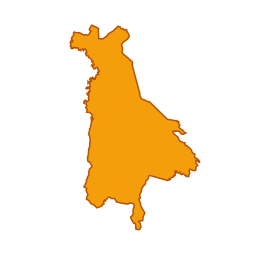 outline of Bere, Worodougou, Ivory Coast, rotated 15°
{"feature_id": "98640826B43857880322183", "entity_name": "Bere", "entity_type": "district", "adm_level": 2, "iso_a3": "CIV", "parent_name": "Ivory Coast", "parent_adm1": "Worodougou", "projection": "albers", "projection_center": [-6.135, 8.377], "detail": "fine", "context": "isolated", "style": "filled", "palette": "amber", "viewbox_px": 256, "rotation_deg": 15, "n_neighbors": 0, "source": "geoboundaries", "source_scale": "gbopen_adm2", "svg_char_len": 5689}
<svg xmlns="http://www.w3.org/2000/svg" viewBox="0 0 256 256"><g transform="rotate(15 128 128)"><path d="M51.2,49.2L51.1,49.9L50.7,50.4L51.0,51.0L51.4,51.1L51.4,52.4L50.4,54.8L50.5,55.7L50.2,56.3L50.5,56.9L51.2,57.4L50.9,57.4L50.6,58.2L51.5,58.4L51.9,59.1L51.4,59.0L50.8,59.7L50.2,59.7L50.0,60.6L51.0,61.4L51.4,62.8L51.1,63.9L51.8,64.1L52.5,65.8L53.6,65.9L53.9,64.8L54.6,65.1L55.0,64.8L54.8,64.3L55.7,63.8L57.0,64.3L57.3,64.3L57.9,63.6L59.4,63.9L59.9,64.6L59.8,65.3L60.4,65.6L61.2,65.1L62.1,65.4L61.8,64.9L62.2,64.4L64.4,63.3L64.7,63.8L64.5,64.6L65.0,64.9L65.2,63.7L66.3,62.9L66.6,63.4L67.5,63.7L67.8,64.4L68.4,64.8L68.2,65.5L68.4,66.2L67.6,66.4L67.6,66.9L68.0,67.5L68.5,67.7L68.9,68.5L69.3,68.5L69.6,69.0L70.9,68.6L71.5,69.2L71.7,70.1L73.7,70.4L75.7,72.3L75.8,73.2L76.7,72.6L77.3,74.3L78.0,74.9L78.7,75.2L78.2,76.9L77.0,76.3L76.6,76.6L76.5,77.2L77.7,77.1L78.0,77.9L78.6,78.3L78.6,78.7L79.3,79.0L80.0,79.8L81.0,79.1L81.5,77.7L82.1,77.5L82.6,77.6L83.6,78.5L83.5,79.3L85.2,80.1L85.6,80.8L85.4,81.2L84.4,81.7L84.2,82.5L84.3,82.8L85.5,83.3L85.7,83.7L83.8,84.8L83.5,85.7L83.7,86.9L83.6,88.0L82.3,88.5L83.4,88.7L83.8,89.4L83.4,89.7L82.7,89.4L81.7,89.5L81.2,88.5L80.8,88.3L80.8,89.2L80.5,90.2L79.9,89.7L80.0,89.1L79.2,89.0L78.9,90.0L78.5,90.3L78.4,91.2L78.6,91.4L80.4,92.0L80.6,92.4L80.4,92.7L79.7,92.8L78.7,93.4L77.2,93.3L77.6,94.0L77.8,94.9L78.3,93.9L79.2,94.2L79.5,94.7L79.5,95.7L80.4,96.6L80.8,97.9L78.8,98.8L78.2,98.8L78.1,99.4L77.4,99.7L77.2,100.8L78.7,100.6L80.0,99.0L80.7,99.0L80.6,100.6L81.8,102.3L80.4,103.2L80.5,103.6L81.3,104.0L81.2,104.3L80.2,105.0L79.4,105.1L79.7,105.8L80.3,106.4L80.6,105.7L81.3,105.8L81.9,107.4L82.0,109.3L82.9,110.8L82.5,112.3L81.8,112.5L81.2,113.6L80.9,113.5L80.4,112.5L79.9,112.1L79.2,112.4L79.2,113.1L78.6,113.7L78.5,114.1L78.9,115.2L79.2,115.5L81.6,115.8L82.3,116.6L81.9,119.4L83.7,120.4L83.6,121.3L84.0,122.0L84.0,123.5L85.3,123.0L86.8,123.1L89.3,123.9L90.7,126.6L89.6,127.3L89.5,127.8L90.5,128.2L92.0,128.2L91.2,129.0L90.5,129.3L90.4,129.7L90.7,130.0L91.6,130.2L91.0,132.0L91.4,133.7L91.3,135.7L91.7,137.6L91.1,138.9L91.6,141.0L91.4,142.3L91.9,144.7L92.9,145.6L94.7,149.6L95.0,151.5L94.8,151.7L95.8,156.1L95.5,158.2L96.6,164.4L96.5,166.4L96.9,168.3L97.4,169.6L98.3,170.9L98.9,171.0L99.9,170.7L102.3,173.6L103.2,174.1L102.9,175.4L101.5,177.4L101.4,180.8L102.6,183.5L101.6,185.2L101.8,187.5L101.3,188.6L101.3,189.6L101.9,191.3L101.2,192.7L101.4,194.7L100.7,195.3L100.6,195.9L101.2,196.6L103.0,196.6L103.9,197.3L103.6,198.4L103.7,199.3L106.5,202.5L106.1,206.6L106.4,207.6L107.9,207.8L108.8,208.5L109.6,208.6L111.6,210.6L115.0,211.2L117.1,212.2L118.2,213.1L118.7,213.1L122.2,210.8L123.1,209.4L123.1,208.8L124.1,208.0L124.0,207.5L124.4,207.3L124.4,207.1L123.4,205.7L123.8,203.9L123.9,203.7L124.4,203.6L124.8,204.5L125.1,204.5L124.9,203.7L125.5,202.9L126.7,200.1L128.3,199.6L129.9,200.3L131.0,200.4L132.9,199.5L133.4,199.7L136.1,202.4L137.4,202.2L139.5,202.3L143.0,202.1L143.9,201.8L144.8,202.0L146.1,201.6L146.9,201.7L147.7,201.4L148.0,200.9L149.0,200.3L149.4,199.7L152.7,199.8L154.1,201.0L154.1,205.9L154.5,207.6L155.4,209.4L154.5,212.0L153.7,212.8L153.7,213.5L154.4,214.7L157.3,217.8L158.4,218.5L159.5,218.3L160.3,219.1L160.7,220.1L160.9,221.1L161.5,221.7L161.3,222.7L161.9,223.7L165.3,223.3L166.2,220.3L164.5,217.0L162.3,215.3L166.2,213.6L165.6,210.2L166.2,205.5L165.5,205.0L160.5,199.9L159.4,197.4L156.8,193.8L157.2,193.2L157.9,192.7L157.7,191.7L156.9,190.4L156.6,189.0L157.3,185.9L156.9,183.2L157.6,181.1L157.5,180.5L158.2,179.6L158.2,179.1L159.0,178.6L158.9,177.7L159.3,176.8L159.3,176.0L158.8,174.6L159.2,173.9L160.4,172.8L160.7,168.9L161.2,168.2L179.7,168.5L180.1,167.8L181.4,167.6L181.3,167.1L180.7,166.6L180.8,166.3L182.2,166.6L182.7,164.4L184.4,163.8L184.7,163.1L184.4,162.0L184.6,161.8L185.3,162.1L185.7,161.8L185.8,161.4L185.3,160.1L185.6,159.7L185.5,158.9L184.5,157.8L184.7,157.4L185.9,156.9L186.2,157.1L186.7,158.5L188.7,158.3L189.5,157.2L190.2,157.8L190.4,158.7L190.7,159.0L192.1,159.1L192.7,157.9L193.5,157.9L196.2,159.4L196.2,159.0L196.5,158.7L197.8,159.6L198.9,159.4L199.2,159.1L198.9,157.1L199.3,155.5L198.2,153.6L198.5,152.2L198.3,151.9L198.7,151.7L201.0,152.1L203.3,152.1L203.8,151.8L204.4,150.8L204.0,149.8L203.8,148.2L204.2,146.9L205.0,146.3L205.0,145.9L202.6,144.1L201.7,141.7L202.8,141.5L204.5,142.5L205.0,142.7L205.9,142.6L206.0,142.2L205.8,141.9L204.2,140.5L202.6,139.7L201.4,139.4L200.9,139.6L200.0,139.2L199.7,138.8L199.7,137.2L199.3,136.0L199.1,136.1L196.7,135.2L195.8,134.3L195.0,132.8L191.6,130.8L190.7,130.7L189.4,129.7L188.6,130.0L187.9,129.9L187.8,129.4L187.1,128.9L186.8,127.4L185.4,127.8L181.7,127.3L180.2,126.2L179.0,124.5L178.1,123.6L175.5,122.6L172.6,120.9L172.2,120.2L172.5,119.4L172.8,119.1L174.8,119.2L175.0,118.5L175.3,118.3L176.5,118.4L177.3,118.0L179.4,118.6L180.0,119.3L181.3,120.0L182.1,120.1L183.3,119.6L184.3,118.3L185.2,117.9L185.0,117.7L183.2,117.3L181.8,116.1L178.9,115.3L176.7,113.7L177.3,111.7L175.5,110.5L175.4,109.7L175.7,109.2L173.7,108.3L173.7,109.0L173.4,109.1L172.1,108.6L163.8,109.4L141.4,96.9L140.5,97.7L138.1,96.8L133.7,96.4L133.0,96.0L131.2,93.7L130.4,91.5L116.0,66.6L115.3,63.1L102.8,57.0L102.4,53.1L100.2,49.3L101.2,46.5L104.5,42.3L105.5,39.2L104.6,37.4L102.1,35.0L101.2,33.5L100.8,33.7L100.4,33.6L100.1,33.9L99.2,33.9L99.0,34.2L98.6,34.2L97.1,33.3L96.0,33.9L95.1,33.5L94.2,32.4L92.0,32.3L91.6,32.6L91.4,33.8L90.3,35.0L88.4,38.4L84.6,42.1L83.9,44.2L83.2,45.7L82.4,46.2L80.2,48.8L79.2,48.7L76.4,49.3L76.0,46.9L74.1,41.7L74.0,39.8L73.5,39.4L70.1,38.6L69.5,38.7L67.6,38.0L66.3,38.2L65.8,39.4L65.9,40.3L65.2,41.5L65.2,43.0L65.8,43.7L67.2,44.2L66.0,47.7L65.3,48.5L64.5,48.8L62.8,48.8L61.4,49.5L59.8,49.3L56.5,48.5L53.3,49.3L51.2,49.2Z" fill="#f59e0b" stroke="#b45309" stroke-width="1.5"/></g></svg>